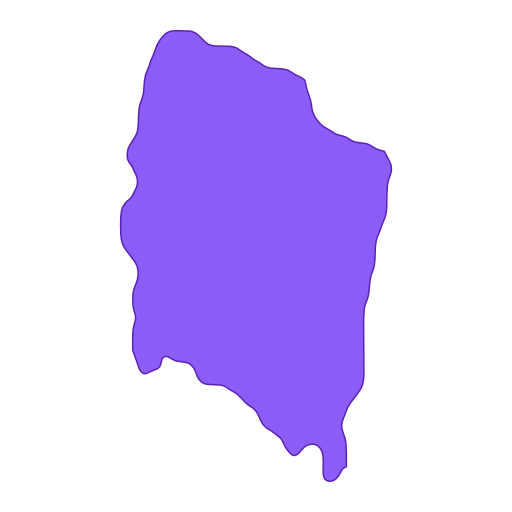 outline of Laguna Salada, Valverde, Dominican Republic
{"feature_id": "3306468B11652899938830", "entity_name": "Laguna Salada", "entity_type": "district", "adm_level": 2, "iso_a3": "DOM", "parent_name": "Dominican Republic", "parent_adm1": "Valverde", "projection": "equal_earth", "projection_center": [-71.094, 19.659], "detail": "fine", "context": "isolated", "style": "filled", "palette": "violet", "viewbox_px": 512, "rotation_deg": 0, "n_neighbors": 0, "source": "geoboundaries", "source_scale": "gbopen_adm2", "svg_char_len": 3279}
<svg xmlns="http://www.w3.org/2000/svg" viewBox="0 0 512 512"><path d="M132.7,350.3L136.6,361.1L139.1,368.5L140.5,370.9L141.3,371.9L143.3,373.4L144.5,373.7L146.7,373.4L150.8,371.4L155.5,369.6L157.7,368.6L159.5,366.9L160.2,365.8L160.6,364.6L161.9,359.7L162.4,358.6L163.1,357.6L164.0,356.9L165.1,356.5L167.4,356.6L168.4,356.9L172.5,359.4L174.9,360.5L177.5,361.2L184.4,362.2L187.1,362.8L189.7,363.9L190.8,364.8L192.7,366.8L194.4,369.2L195.6,371.9L197.2,376.2L198.6,378.8L200.4,381.0L202.6,382.8L205.1,383.9L207.9,384.4L219.1,384.9L223.2,385.7L225.7,386.8L231.3,390.5L236.2,393.4L239.7,396.5L245.2,402.3L247.5,404.4L253.3,408.4L255.3,410.3L257.8,413.9L260.9,421.0L263.2,424.7L266.1,427.7L271.9,431.3L280.3,437.9L281.9,440.0L284.4,445.3L286.9,449.4L289.8,453.0L291.9,454.7L293.1,455.3L294.4,455.5L295.7,455.2L296.8,454.7L298.9,453.0L303.9,447.5L306.3,445.7L307.6,445.1L310.2,444.3L313.0,444.2L315.7,444.7L317.0,445.4L318.2,446.2L320.2,448.3L321.7,451.0L322.3,452.5L322.7,454.1L323.2,457.6L323.3,461.1L323.1,471.5L323.3,474.7L324.1,477.6L324.8,479.0L325.9,480.0L327.0,480.7L329.5,481.3L332.0,481.0L334.5,480.0L335.6,479.2L338.4,476.2L339.8,473.8L341.7,470.2L342.4,469.2L344.3,467.7L346.4,466.6L346.4,452.8L345.9,443.2L344.9,437.8L342.9,432.2L342.1,429.3L341.8,427.7L341.8,424.4L342.0,422.8L342.8,419.8L346.7,409.8L348.1,406.7L350.9,402.3L357.2,394.1L360.1,389.9L361.8,386.8L362.4,385.1L363.3,381.4L363.7,377.5L363.9,371.6L363.6,321.0L363.8,315.0L364.2,309.1L365.0,305.4L367.6,298.2L368.5,294.9L369.0,291.2L369.9,281.7L370.5,277.9L371.3,274.7L373.4,268.9L374.3,265.6L374.9,260.0L375.4,246.7L376.1,241.1L377.0,237.8L379.9,230.7L382.1,224.6L385.0,217.5L385.9,214.3L386.5,210.6L386.7,206.9L387.0,191.5L387.3,185.9L388.3,180.6L390.7,173.7L391.4,170.6L391.4,167.3L390.7,164.1L388.8,159.9L384.3,151.4L378.4,149.7L375.8,148.7L370.1,145.2L367.6,144.1L364.9,143.4L356.6,142.3L353.9,141.6L351.5,140.5L345.8,137.1L343.2,136.2L337.9,134.8L335.3,133.8L328.5,129.5L323.6,126.7L321.2,124.8L319.0,122.4L316.0,118.5L314.2,115.6L312.9,112.4L312.0,109.1L311.0,102.3L310.2,99.0L307.1,90.3L304.8,80.1L301.2,77.5L294.9,74.5L289.3,70.9L286.7,69.8L282.3,68.9L270.3,68.1L266.0,66.9L263.6,65.6L259.2,62.5L254.3,59.8L247.7,54.9L242.9,52.1L237.3,48.4L234.7,47.2L231.9,46.6L228.9,46.3L215.4,46.0L212.5,45.6L209.6,44.8L208.3,44.2L205.8,42.5L199.1,35.9L196.8,33.9L194.3,32.4L190.4,31.1L176.6,30.7L172.1,31.0L169.2,31.7L166.4,33.1L162.9,36.3L159.9,40.1L157.3,44.5L156.0,47.6L153.9,53.6L150.8,60.7L148.8,66.9L145.9,74.0L145.1,77.2L144.5,80.6L143.7,91.2L143.2,94.6L142.3,97.7L139.8,105.0L139.1,108.6L138.6,114.2L138.2,125.7L137.4,131.2L136.9,133.0L135.5,136.1L129.4,145.8L128.1,148.9L127.7,150.5L127.4,152.2L127.2,155.4L127.5,158.6L127.9,160.0L129.1,162.4L131.9,166.2L136.2,175.3L137.1,178.1L137.5,181.5L137.2,184.9L136.3,187.8L131.8,196.7L130.2,198.7L127.2,201.1L125.4,202.9L123.0,206.5L122.3,207.9L121.4,211.4L121.0,215.0L120.7,218.8L120.6,226.5L120.8,234.1L121.4,239.7L122.3,243.3L123.8,246.6L125.6,249.5L132.9,259.1L135.8,263.4L137.2,266.7L137.6,268.4L138.1,271.8L138.1,275.3L137.6,278.7L136.7,281.9L134.0,288.9L133.3,292.3L132.9,295.7L132.8,301.1L133.1,306.3L133.7,309.5L135.3,315.0L135.7,317.6L135.3,320.3L133.5,327.3L133.0,330.7L132.7,337.9L132.7,350.3Z" fill="#8b5cf6" stroke="#5b21b6" stroke-width="1.5"/></svg>